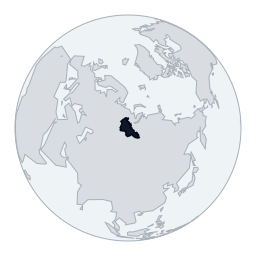 globe centered on Khanty-Mansiy, rotated 43°
{"feature_id": "RUS-2396", "entity_name": "Khanty-Mansiy", "entity_type": "Autonomous Province", "adm_level": 1, "iso_a3": "RUS", "parent_name": "Russia", "parent_adm1": "", "projection": "orthographic", "projection_center": [69.975, 62.153], "detail": "fine", "context": "on_globe", "style": "filled", "palette": "ink", "viewbox_px": 256, "rotation_deg": 43, "n_neighbors": 0, "source": "natural_earth", "source_scale": "10m", "svg_char_len": 14425}
<svg xmlns="http://www.w3.org/2000/svg" viewBox="0 0 256 256"><g transform="rotate(43 128 128)"><circle cx="128" cy="128" r="113" fill="#eef3f6" stroke="#a8b0b8"/><path d="M129.2,15.4L135.9,15.9L131.8,15.4L136.7,15.7L135.1,15.6L139.9,16.5L145.1,17.5L149.3,20.4L147.0,24.5L144.7,23.3L144.4,24.6L147.3,26.3L149.3,27.2L152.2,35.3L161.1,43.4L166.4,44.7L163.2,45.5L175.1,47.4L181.5,51.8L172.7,47.6L170.5,47.9L174.1,51.1L172.7,52.1L173.6,54.3L171.6,55.2L166.6,52.9L165.2,53.6L167.8,55.9L167.4,58.4L163.8,54.9L162.7,58.9L154.1,56.3L146.1,46.8L139.7,46.8L127.1,41.1L126.7,42.8L121.6,41.9L119.2,43.5L117.6,42.1L117.0,44.6L119.0,45.6L119.4,47.0L118.2,48.1L115.9,46.5L116.2,45.7L114.8,45.8L114.2,44.6L113.8,45.8L111.2,43.9L111.9,47.4L108.3,47.2L107.0,45.5L109.6,43.6L113.1,35.4L112.6,33.4L109.4,32.3L98.0,34.5L96.5,33.2L92.6,33.0L92.3,34.6L95.2,35.3L93.7,38.3L97.5,39.0L97.4,40.4L100.3,42.1L97.2,44.2L92.7,45.3L90.1,44.0L88.0,44.5L88.3,47.7L81.4,47.4L73.3,51.0L71.8,50.8L72.8,46.6L78.3,41.4L79.6,36.6L76.0,42.1L72.4,41.8L70.6,42.8L69.3,44.3L69.6,45.4L67.8,45.9L70.6,40.4L72.3,39.9L71.4,41.6L73.9,39.2L75.8,35.8L73.8,36.1L78.8,31.2L77.4,31.4L77.7,30.5L79.6,30.5L76.4,30.5L81.9,26.0L77.6,27.3L84.7,24.4L89.1,22.7L94.0,20.9L93.4,21.0L100.7,18.8L106.1,17.5L117.6,15.8L129.2,15.4ZM203.8,44.7L203.7,44.6L203.8,44.7ZM204.4,45.2L204.6,45.4L204.4,45.2ZM205.1,45.9L204.6,45.4L205.2,46.0L205.1,45.9ZM206.1,46.9L205.5,46.3L206.1,46.9ZM207.4,48.3L207.7,48.6L207.1,48.0L207.4,48.3ZM74.3,29.1L76.1,28.1L74.5,29.0L74.3,29.1ZM150.4,27.5L147.5,26.3L145.4,24.4L148.0,25.3L150.4,27.5ZM154.2,31.5L152.4,31.1L152.9,29.5L153.8,30.2L154.2,31.5ZM170.6,45.5L168.5,44.0L171.0,45.2L170.6,45.5ZM174.1,54.5L175.1,54.6L175.2,55.7L174.1,54.5ZM101.8,40.9L101.1,41.5L100.9,40.9L101.8,40.9ZM103.8,41.2L104.2,40.0L105.1,40.0L104.9,40.7L103.8,41.2ZM172.1,58.2L171.8,59.9L171.2,57.7L172.1,58.2ZM103.1,42.6L106.8,40.0L108.5,40.0L109.1,42.7L103.1,42.6ZM171.1,60.7L170.5,65.2L172.8,65.9L166.0,66.6L168.7,62.5L167.7,59.6L169.5,61.0L171.1,60.7ZM120.2,45.4L118.0,44.4L121.0,44.3L120.2,45.4ZM122.0,44.9L130.4,42.6L132.9,44.7L129.6,45.0L133.8,47.0L130.9,49.1L127.9,48.5L126.9,46.7L126.6,48.9L122.0,44.9ZM162.3,66.4L161.5,67.2L161.4,66.0L162.3,66.4ZM119.8,47.6L121.3,46.9L123.6,48.6L121.1,50.3L121.2,49.2L119.8,47.6ZM136.3,46.5L137.6,48.2L135.6,50.3L135.8,51.3L131.1,49.4L136.3,46.5ZM120.0,49.3L119.8,51.2L117.5,51.4L118.6,48.4L120.0,49.3ZM125.3,48.3L126.3,49.2L124.9,49.3L125.3,48.3ZM109.5,53.3L111.2,52.3L112.6,53.1L109.5,53.3ZM119.8,51.8L120.6,51.8L121.3,52.0L120.7,53.2L119.8,51.8ZM130.0,51.1L128.9,51.6L131.8,51.9L130.5,53.7L127.5,52.1L128.2,53.5L127.8,54.0L125.9,52.2L130.0,51.1ZM122.3,55.2L118.0,53.9L114.6,55.5L113.3,54.8L119.1,52.4L122.3,55.2ZM124.5,53.5L122.8,54.4L122.1,53.0L122.8,51.7L124.5,53.5ZM130.6,55.4L133.5,53.2L134.0,53.6L130.6,55.4ZM121.4,55.9L122.4,56.2L121.2,56.1L121.4,55.9ZM127.9,55.8L128.9,55.0L129.5,55.5L127.9,55.8ZM123.7,57.5L122.4,57.1L122.8,56.1L123.7,57.5ZM125.8,57.0L126.3,57.9L123.8,56.0L126.1,56.5L125.8,57.0ZM128.3,56.4L129.0,56.5L127.9,56.7L128.3,56.4ZM122.8,61.6L119.5,59.5L120.4,57.3L123.6,59.6L122.8,61.6ZM36.1,193.2L36.3,193.0L34.9,189.8L29.3,177.0L30.4,174.6L29.4,171.0L27.0,167.5L26.0,163.1L24.7,160.5L18.2,144.7L17.3,136.0L19.2,118.7L21.2,118.0L23.6,113.3L39.3,116.9L40.4,122.7L50.1,135.1L50.9,137.6L47.2,140.6L52.5,155.7L57.2,155.0L64.5,165.5L71.0,169.8L77.7,163.0L67.1,155.6L67.8,150.1L78.3,152.3L87.9,158.7L88.4,156.7L84.5,149.2L88.8,147.4L83.3,146.4L84.0,149.2L80.6,148.8L79.8,146.1L81.3,145.5L79.0,142.8L72.2,146.6L72.1,150.0L64.8,145.5L63.9,150.7L61.2,150.9L61.6,142.3L63.2,140.3L62.2,128.3L59.9,129.9L60.6,141.4L59.4,139.4L56.3,141.9L57.7,138.4L57.5,125.6L52.3,120.6L42.0,121.1L39.8,117.5L39.6,111.8L47.1,105.5L51.3,114.3L54.0,112.5L56.3,106.0L57.4,109.3L58.9,107.8L60.8,110.9L66.6,111.0L69.0,113.6L74.3,109.7L76.2,110.6L72.5,112.6L71.2,115.5L77.6,122.2L79.7,122.3L82.6,119.3L84.0,121.6L86.1,117.8L91.2,120.1L86.6,114.3L90.0,110.8L94.7,110.1L95.0,108.0L87.3,109.2L84.9,110.7L84.2,113.5L77.1,116.9L74.3,115.5L78.6,108.3L75.1,105.6L80.0,101.3L97.9,100.3L103.8,102.1L107.1,112.8L104.0,114.4L101.2,111.3L101.0,117.6L102.4,115.5L103.5,117.5L107.0,114.9L108.0,116.2L109.6,111.6L111.2,112.9L110.1,115.8L116.6,113.4L120.7,115.4L121.7,114.3L121.6,112.5L126.9,116.3L127.4,115.3L125.9,113.6L125.9,110.6L128.0,106.7L129.7,108.3L129.2,109.9L130.7,115.7L129.0,119.8L129.9,120.1L131.8,116.8L130.0,109.8L130.7,107.0L132.0,110.2L131.6,108.8L132.5,108.0L135.0,108.6L133.8,105.1L141.6,94.1L147.2,94.5L147.5,98.4L154.7,92.9L160.5,94.0L159.1,92.4L161.6,89.0L159.8,88.5L159.3,87.5L164.9,78.8L167.6,78.1L168.4,72.9L167.6,72.2L165.7,72.4L166.0,66.6L172.8,65.9L174.1,67.7L177.4,66.1L180.0,70.5L183.6,73.5L184.4,79.4L187.2,81.4L188.2,80.6L192.8,82.8L198.8,90.6L189.6,87.9L179.8,77.7L183.4,82.1L181.3,82.2L181.8,84.5L184.4,87.6L185.6,87.2L183.2,98.5L187.0,109.2L189.9,105.3L193.4,105.9L200.3,115.5L201.1,135.4L205.7,137.0L207.1,139.6L205.5,143.6L203.5,139.9L200.4,140.8L199.4,138.2L196.2,143.7L194.7,140.2L192.9,146.3L195.4,147.9L198.8,144.3L197.9,151.3L203.5,152.6L205.9,157.5L202.6,171.5L196.5,179.0L196.5,180.8L193.2,180.9L190.2,186.1L197.5,190.7L197.8,192.9L192.2,200.6L191.8,199.2L183.0,199.6L182.3,205.3L189.0,206.1L191.4,209.1L186.6,210.4L184.1,207.7L181.0,207.7L181.2,203.1L177.2,197.4L172.4,200.8L172.1,197.7L166.0,193.1L158.6,197.3L147.5,207.8L147.0,215.1L142.7,218.5L134.7,209.1L132.9,201.5L128.9,202.3L121.6,195.2L105.9,192.7L104.6,190.2L101.5,190.5L96.5,186.9L94.9,182.6L91.4,181.7L95.9,193.0L99.7,193.9L104.3,191.3L104.7,194.8L109.6,198.7L100.7,204.4L79.0,203.5L78.5,197.5L70.5,174.9L71.7,173.3L71.7,173.1L71.7,172.6L69.3,174.9L68.5,170.3L71.0,185.6L70.7,190.8L78.6,203.6L77.5,204.0L80.6,207.0L92.4,209.2L92.1,210.9L85.5,216.1L70.6,217.6L73.5,223.0L74.1,225.6L66.9,222.4L69.3,224.1L61.7,219.1L54.6,213.4L47.9,207.2L41.7,200.4L36.1,193.2ZM31.3,119.8L30.2,120.9L30.2,121.0L31.3,119.8ZM96.3,169.7L103.2,172.4L103.0,165.6L105.6,166.1L104.6,163.6L103.0,165.1L100.9,158.4L104.9,157.7L105.6,154.8L103.3,153.7L96.3,156.2L99.2,165.6L96.4,167.4L96.3,169.7ZM73.6,29.3L74.3,29.0L72.9,29.8L72.9,29.7L73.6,29.3ZM73.1,29.8L73.6,29.5L74.5,29.0L73.1,29.8ZM72.2,42.1L71.9,42.5L70.3,44.0L70.6,43.1L72.2,42.1ZM66.0,51.9L63.2,52.5L65.4,51.4L65.2,50.2L69.6,46.6L71.3,50.5L69.8,49.3L66.0,51.9ZM76.0,43.1L73.0,44.8L76.2,42.8L76.0,43.1ZM65.1,97.1L64.7,99.5L62.5,100.3L59.4,97.4L62.7,96.0L65.1,97.1ZM64.7,102.6L69.9,96.5L71.9,98.2L69.9,98.3L70.8,100.0L67.7,100.6L64.6,108.4L62.4,109.7L58.1,103.3L60.7,104.6L60.9,102.2L64.7,102.6ZM79.4,79.2L81.6,77.0L83.2,83.6L80.9,84.9L77.7,82.0L78.6,78.6L79.4,79.2ZM103.3,48.0L104.1,47.0L104.7,47.4L104.6,48.6L103.3,48.0ZM110.2,52.8L100.7,53.0L101.1,51.8L95.0,53.5L93.7,51.1L97.7,50.0L92.1,49.6L95.2,47.7L91.3,47.8L100.2,45.6L102.8,44.0L100.5,46.7L101.6,48.9L102.9,49.4L108.3,49.6L114.3,47.3L116.3,49.3L116.2,51.3L115.1,52.1L114.1,50.6L113.3,52.8L111.0,51.2L110.2,52.8ZM113.7,75.6L113.0,73.1L111.1,78.0L108.8,76.1L108.7,76.8L106.0,76.5L102.6,77.3L102.0,76.1L100.9,77.0L99.1,76.9L97.5,77.7L95.7,75.8L93.6,76.7L93.9,75.4L90.7,77.4L92.3,75.1L90.1,74.8L89.7,77.1L84.0,66.1L80.3,63.5L76.4,62.7L79.7,59.1L85.4,57.7L91.8,57.9L94.8,61.1L95.7,58.9L97.4,59.9L96.0,61.1L99.2,59.7L100.3,60.8L106.0,61.5L110.0,59.0L112.2,59.2L111.1,60.8L114.0,60.0L113.5,63.2L115.1,63.5L116.1,67.0L113.1,70.0L115.1,70.1L116.0,72.8L113.7,75.6ZM123.0,62.6L120.0,66.4L117.2,67.3L116.6,60.8L115.3,60.1L114.8,56.2L118.8,55.0L118.5,56.2L119.2,57.2L117.7,57.2L119.5,57.9L119.2,59.6L120.5,60.6L119.2,61.6L123.0,62.6ZM53.3,137.7L54.2,139.2L56.0,140.9L54.1,142.6L53.3,137.7ZM53.0,129.0L54.1,129.9L52.1,133.0L51.2,131.6L53.0,129.0ZM56.3,127.9L54.3,129.7L54.8,127.9L56.3,127.9ZM73.7,113.3L75.0,114.1L74.5,115.0L73.0,115.5L73.7,113.3ZM107.5,90.5L107.5,88.8L108.3,88.6L110.6,85.3L112.5,86.5L111.9,89.0L107.5,90.5ZM75.0,163.3L72.2,163.6L71.6,162.2L72.7,162.4L75.0,163.3ZM61.9,153.2L64.1,156.7L61.3,153.6L61.9,153.2ZM110.0,91.3L110.7,89.7L111.2,91.3L110.0,91.3ZM114.0,87.3L114.8,88.8L113.0,86.3L114.0,87.3ZM91.7,232.4L88.3,233.4L83.3,231.4L81.1,230.2L81.4,229.0L86.7,230.5L88.9,230.0L91.7,232.4ZM211.8,201.2L214.0,199.1L213.8,199.4L211.8,201.2ZM209.6,202.8L212.2,200.4L209.0,203.6L209.6,202.8ZM213.2,199.4L215.8,196.3L217.0,194.8L216.7,195.5L213.2,199.4ZM207.8,204.4L197.2,212.6L192.8,214.9L194.0,213.5L201.1,208.9L207.8,204.4ZM193.6,213.7L186.7,215.5L175.9,212.6L179.8,211.2L190.8,210.6L190.1,211.7L194.3,211.1L193.6,213.7ZM209.8,197.8L209.1,200.5L203.4,205.0L200.7,206.6L198.9,205.0L199.9,202.8L202.1,201.2L210.0,188.9L212.9,187.8L210.7,192.4L213.0,192.5L209.8,197.8ZM147.6,215.6L150.6,219.0L148.2,220.0L147.6,215.6ZM212.5,181.7L209.8,187.3L212.0,181.0L212.5,181.7ZM213.4,176.5L213.9,177.8L212.3,177.6L213.4,176.5ZM197.1,183.0L194.8,185.0L194.4,183.9L197.1,180.7L197.1,183.0ZM207.7,161.5L208.9,165.2L208.9,166.7L207.2,165.5L207.7,161.5ZM127.2,100.6L121.9,103.7L119.4,107.0L120.0,110.4L117.0,107.1L120.8,102.0L127.2,100.6ZM139.6,94.7L139.1,91.9L140.8,92.3L141.1,93.0L139.6,94.7ZM138.2,93.6L134.8,91.7L135.5,89.6L138.1,91.5L138.2,93.6ZM122.2,91.3L120.6,92.2L120.2,90.8L122.2,91.3ZM213.2,201.7L218.2,195.3L221.9,190.3L213.2,201.7ZM221.9,190.2L225.9,183.5L229.1,177.6L221.9,190.2ZM217.1,195.7L220.3,190.8L221.8,188.8L217.1,195.7ZM235.8,160.7L235.7,160.9L235.1,163.0L233.8,166.7L231.0,173.2L232.1,170.6L231.9,170.2L228.1,176.9L227.3,177.3L228.9,174.1L226.1,177.8L229.2,172.4L230.3,172.3L232.0,167.7L234.4,162.7L236.4,157.9L237.4,154.7L237.0,156.4L235.8,160.7ZM228.8,176.8L229.3,175.9L228.7,177.3L228.8,176.8ZM237.9,152.7L237.8,153.3L239.1,146.4L239.2,145.8L237.9,152.7ZM239.3,145.3L239.0,146.6L239.4,144.4L239.5,144.2L239.3,145.3ZM222.4,185.0L222.2,185.7L221.3,186.5L222.4,185.0ZM223.6,183.1L226.2,179.9L223.3,183.9L223.6,183.1ZM214.5,191.5L215.5,192.0L218.4,188.0L216.1,191.7L217.9,191.8L217.1,193.3L215.4,193.0L214.5,196.2L213.1,197.5L212.6,196.1L214.1,192.1L215.4,189.6L220.5,183.4L214.5,191.5ZM223.6,181.4L222.9,180.7L223.4,178.8L224.2,178.7L223.6,181.4ZM220.3,179.1L217.9,179.3L216.0,182.3L219.4,174.8L221.3,175.9L220.3,179.1ZM217.7,176.2L216.0,179.0L217.5,175.0L217.7,176.2ZM215.3,178.7L214.7,177.3L216.3,176.0L215.3,178.7ZM218.6,175.2L218.3,172.0L219.4,172.9L218.6,175.2ZM213.1,174.1L217.1,173.6L212.6,176.7L210.7,171.1L212.5,169.1L213.1,174.1ZM212.5,137.6L211.1,136.1L212.3,133.7L212.9,135.4L212.5,137.6ZM214.7,125.2L212.1,132.6L209.8,138.7L211.3,138.3L212.2,142.6L209.1,141.5L209.5,134.8L211.6,130.8L210.3,127.4L210.9,122.9L208.4,119.8L208.1,117.1L211.0,118.7L214.7,125.2ZM207.2,118.6L203.0,112.0L205.9,109.2L207.4,110.0L208.1,114.2L206.6,115.4L207.2,118.6ZM202.8,109.6L201.3,110.8L191.9,104.5L190.6,102.5L199.3,105.6L198.3,106.9L200.1,109.0L202.8,109.6ZM162.6,67.9L161.6,67.3L162.7,67.1L162.6,67.9ZM158.3,87.4L157.8,86.0L159.2,85.7L158.3,87.4ZM157.3,82.0L156.0,83.2L156.6,81.3L157.3,82.0ZM153.3,86.2L155.1,83.4L154.4,87.0L153.3,86.2Z" fill="#d9dde1" stroke="#a8b0b8" stroke-width="1"/><path d="M118.5,127.7L118.4,127.6L118.3,127.3L118.3,127.2L118.5,126.9L118.6,126.7L118.5,126.3L118.5,126.1L118.6,125.9L118.6,125.7L118.5,125.4L118.6,125.2L118.6,124.9L118.8,124.6L118.9,124.4L119.0,124.1L119.1,123.8L119.3,123.7L119.4,123.4L119.2,123.2L119.2,122.9L119.3,122.8L119.2,122.7L119.3,122.6L119.4,122.4L119.4,122.2L119.5,122.0L119.6,121.9L119.8,121.8L119.9,121.7L120.0,121.7L120.1,121.8L120.2,122.0L120.3,122.1L120.4,121.9L120.6,121.8L120.7,121.7L120.8,121.5L120.9,121.4L121.0,121.2L121.2,120.9L121.3,120.8L121.5,120.6L121.8,120.8L121.8,121.0L121.9,121.4L122.1,121.5L122.1,121.8L122.1,122.0L121.9,122.2L121.9,122.3L122.0,122.4L122.0,122.5L121.9,122.7L121.8,122.8L121.7,122.9L121.8,123.1L122.0,123.1L122.3,123.0L122.5,123.2L122.5,123.4L122.4,123.4L122.5,123.5L122.8,123.6L122.9,123.4L123.3,123.5L123.4,123.3L123.6,123.4L123.8,123.3L124.1,123.2L124.4,123.1L124.5,123.1L124.8,123.1L125.0,123.3L125.2,123.2L125.4,123.3L125.4,123.6L125.3,123.8L125.6,124.0L125.8,124.1L126.0,124.2L126.1,124.3L126.2,124.1L126.3,124.1L126.5,124.0L126.5,123.9L126.9,123.9L127.0,123.9L127.2,123.7L127.2,123.4L127.3,123.5L127.4,123.4L127.5,123.6L127.8,123.6L128.0,123.7L128.3,123.7L128.4,123.9L128.6,123.9L128.7,124.0L128.5,124.4L128.6,124.5L128.8,125.0L129.1,125.0L129.4,125.2L129.4,126.0L129.6,125.9L129.8,125.9L129.9,125.7L130.4,125.7L130.5,125.6L130.7,125.4L130.8,125.5L131.0,125.8L131.8,125.9L132.0,126.1L132.4,126.1L132.5,126.0L132.8,125.9L133.0,125.9L133.3,125.9L133.6,126.0L133.9,126.0L134.0,125.9L134.1,126.0L134.3,126.0L134.4,126.3L134.6,126.5L135.1,126.8L135.3,126.9L135.6,126.7L135.9,126.6L136.9,126.4L136.9,126.2L137.0,126.0L137.2,125.8L137.2,125.7L137.3,125.7L137.4,125.4L137.5,125.3L137.8,125.3L137.9,125.5L138.0,125.6L138.1,125.8L138.4,125.8L138.6,126.0L138.8,125.7L139.0,125.7L139.4,125.7L139.4,125.8L139.7,126.0L140.0,126.2L140.4,125.9L140.6,126.0L140.8,126.1L141.0,126.3L141.3,126.8L141.3,127.0L141.5,127.1L141.8,127.1L142.0,127.2L142.1,127.3L142.2,127.2L142.3,127.3L142.6,127.4L142.8,127.4L142.8,127.5L142.7,127.6L142.6,127.8L141.8,128.7L141.5,129.1L141.3,129.2L140.9,128.9L140.4,128.9L139.9,129.7L139.9,129.9L139.7,130.1L139.4,129.9L139.1,130.0L138.7,130.1L138.5,129.8L138.2,129.8L137.8,130.2L137.5,130.1L137.1,130.2L137.0,130.3L136.9,130.2L136.6,130.0L136.4,130.1L136.1,130.2L135.8,130.2L135.6,130.3L135.5,130.2L135.4,130.2L135.2,130.2L134.8,130.2L134.8,130.4L134.7,130.4L134.7,130.5L134.8,130.6L134.8,130.8L134.6,131.0L134.7,131.4L134.6,131.5L134.6,131.8L134.6,132.0L134.7,132.4L134.6,132.5L134.4,132.8L134.2,132.8L134.0,133.1L133.9,133.1L133.9,133.4L133.7,133.5L133.8,133.9L133.7,134.0L133.5,134.4L133.3,134.6L133.1,134.6L132.9,134.5L132.2,134.6L132.0,134.4L131.8,134.5L131.7,134.4L131.6,134.5L131.1,134.4L131.2,134.2L131.0,133.9L130.9,133.8L130.7,133.9L130.5,133.7L130.4,133.5L130.2,133.2L129.9,133.0L129.8,132.9L129.5,132.8L129.5,132.7L129.3,132.6L129.2,132.4L129.0,132.6L128.8,132.5L128.4,132.6L128.2,132.4L127.6,132.4L127.3,132.3L127.2,132.3L127.3,132.6L126.9,133.0L126.7,133.1L126.4,133.6L126.2,133.7L125.9,133.7L125.6,134.0L125.3,134.1L125.1,134.3L125.0,134.2L124.8,134.2L124.7,134.3L124.7,134.7L124.3,134.9L124.2,134.8L123.9,134.8L123.6,134.7L123.3,134.2L123.2,133.6L123.1,133.4L122.4,133.1L122.2,133.2L121.9,133.0L121.9,132.9L121.9,132.5L121.9,132.4L121.8,131.9L121.8,131.7L121.6,131.6L121.4,131.4L121.3,131.0L121.2,130.6L121.2,130.4L121.1,130.2L121.2,129.9L121.1,129.5L120.9,129.3L120.5,129.0L120.4,128.9L119.8,128.4L119.6,128.3L119.4,128.3L119.2,128.1L118.8,128.1L118.7,128.1L118.8,127.9L118.6,127.7L118.5,127.7Z" fill="#0f172a" stroke="#020617" stroke-width="1.5"/></g></svg>